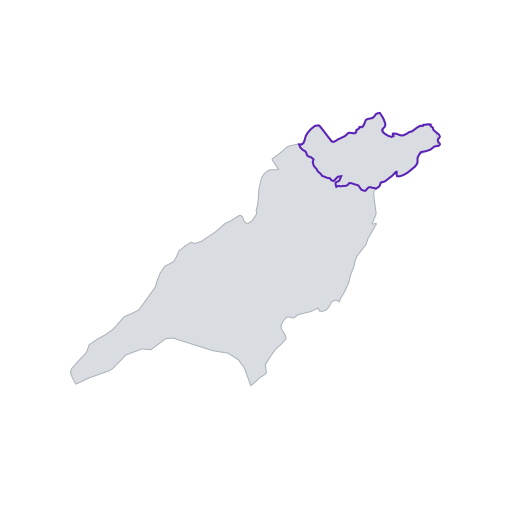 Kakheti on a map of Georgia (Equal Earth projection), rotated 301°
{"feature_id": "GEO-3033", "entity_name": "Kakheti", "entity_type": "Region", "adm_level": 1, "iso_a3": "GEO", "parent_name": "Georgia", "parent_adm1": "", "projection": "equal_earth", "projection_center": [45.882, 41.802], "detail": "fine", "context": "in_parent", "style": "outline", "palette": "violet", "viewbox_px": 512, "rotation_deg": 301, "n_neighbors": 0, "source": "natural_earth", "source_scale": "10m", "svg_char_len": 4430}
<svg xmlns="http://www.w3.org/2000/svg" viewBox="0 0 512 512"><g transform="rotate(301 256 256)"><path d="M259.6,351.1L259.7,349.6L259.2,347.2L257.4,345.5L254.7,344.4L249.8,344.8L245.3,343.7L242.2,340.7L241.5,338.5L243.3,336.6L242.0,335.1L236.4,331.4L227.4,322.3L222.2,320.3L220.3,314.6L218.2,313.4L213.9,312.8L209.2,313.4L208.2,314.0L206.8,314.9L203.1,322.0L200.5,324.5L194.3,323.3L189.2,321.7L185.0,320.7L176.8,320.1L167.6,320.0L161.2,325.1L158.5,324.4L153.9,321.9L146.3,319.9L142.2,318.3L154.3,303.3L157.9,294.4L158.1,289.0L158.4,282.2L152.7,268.1L147.9,248.2L143.0,227.5L138.9,221.3L121.5,214.2L117.6,206.1L104.3,195.6L85.6,191.1L81.9,189.2L65.9,176.0L53.4,167.6L56.3,162.5L60.1,157.2L64.1,155.9L75.6,158.0L86.1,160.4L93.9,158.7L103.1,162.9L111.4,167.7L119.8,171.2L136.3,174.4L142.4,178.9L149.5,183.4L177.8,185.7L180.1,185.0L182.2,184.3L191.7,182.7L200.1,183.0L208.9,188.4L214.6,188.1L220.6,187.3L228.4,190.2L234.5,193.4L234.9,196.7L240.2,201.5L255.8,208.8L268.4,212.9L272.3,215.8L281.9,220.6L282.9,222.1L282.7,224.1L279.9,227.7L279.1,230.9L280.4,232.7L284.4,234.5L292.4,234.9L295.3,232.6L301.2,230.9L307.1,228.0L315.0,224.0L325.7,220.5L330.0,220.5L334.1,221.6L336.9,223.5L341.7,230.9L346.6,220.6L347.8,219.8L352.2,221.9L359.9,224.8L365.3,226.3L368.2,228.4L376.4,237.8L389.6,237.3L395.3,238.7L398.3,240.3L399.6,242.1L397.2,251.4L393.9,261.1L394.2,263.5L399.5,267.2L406.8,271.1L410.7,274.2L413.4,277.0L419.1,279.1L425.9,280.4L429.1,280.6L432.4,282.9L441.2,287.4L442.3,288.5L440.8,291.3L437.4,296.5L434.6,299.1L431.5,299.6L428.5,300.7L427.4,303.5L427.3,307.1L427.8,309.7L428.6,310.7L431.7,311.5L434.8,319.0L439.7,322.9L447.2,327.2L454.0,332.1L457.3,336.7L456.7,340.0L454.5,346.9L448.9,352.6L444.2,354.1L442.6,353.5L439.5,351.7L433.3,347.3L426.6,343.8L421.5,344.9L418.1,346.3L411.4,344.7L403.5,341.7L399.4,338.7L397.6,336.5L398.8,332.6L380.9,325.6L372.3,323.7L368.4,325.8L355.2,336.4L353.6,337.4L343.5,338.9L343.5,339.8L345.8,342.0L345.4,342.7L328.5,343.0L322.8,344.4L307.8,342.6L302.9,343.4L298.6,345.1L288.3,346.9L281.2,349.2L272.1,350.3L262.8,350.4L259.6,351.1Z" fill="#d9dde1" stroke="#a8b0b8" stroke-width="1"/><path d="M373.8,235.4L374.5,236.8L375.1,237.7L377.1,238.5L379.7,238.2L384.6,236.8L388.1,236.8L393.1,237.7L397.9,239.5L400.3,242.4L400.1,244.3L393.1,262.0L393.8,263.8L395.6,265.0L398.0,266.1L404.7,270.6L408.9,271.7L409.8,272.5L411.5,276.6L412.1,277.5L413.0,278.0L414.1,278.0L414.5,277.9L415.3,277.3L415.9,277.1L416.2,277.3L417.3,278.2L417.8,278.5L418.9,278.4L419.7,278.2L420.3,278.6L420.7,280.3L422.2,281.0L424.1,281.0L427.6,280.3L428.2,280.2L428.7,280.1L429.2,280.2L429.8,280.3L431.4,281.6L434.1,284.7L435.8,285.4L439.4,285.7L440.9,286.6L442.4,288.5L440.1,293.2L438.8,295.3L436.2,298.4L435.3,299.2L434.3,299.6L433.0,299.8L430.2,299.1L428.9,299.3L427.7,300.5L427.1,303.2L427.1,307.3L427.9,310.9L429.6,312.2L430.1,311.8L430.4,311.0L430.8,310.4L431.6,310.4L431.8,310.8L433.1,313.4L433.2,314.0L433.7,317.1L434.3,318.8L435.3,320.2L438.5,322.3L439.2,322.7L440.5,323.0L443.3,325.6L449.3,328.0L452.3,329.8L453.3,332.0L454.2,331.7L454.7,332.0L455.1,332.7L456.3,334.0L458.3,336.9L458.6,338.1L457.9,338.1L457.4,338.7L457.3,339.3L457.2,340.7L457.1,341.3L456.8,341.8L455.9,342.5L455.6,343.0L455.0,345.2L454.7,347.9L454.2,350.5L453.8,351.0L453.0,352.1L451.8,352.3L450.6,352.0L449.4,351.9L448.2,352.7L447.5,354.0L447.1,355.3L446.6,356.1L445.3,356.1L444.2,355.5L442.4,353.2L441.4,352.3L437.8,351.1L436.5,350.4L432.9,347.2L431.1,345.0L430.2,344.0L429.1,343.6L424.5,343.7L423.1,344.0L421.5,345.0L419.9,346.0L418.7,346.4L417.3,346.6L414.3,346.2L405.2,342.9L402.1,341.1L401.0,340.4L398.4,338.2L397.0,335.9L398.4,334.3L399.8,333.8L400.6,333.3L400.5,332.8L399.1,332.3L395.1,331.5L386.4,328.1L384.4,326.2L383.5,325.2L382.6,325.1L380.6,325.7L379.4,325.8L378.4,325.6L375.5,324.1L375.3,322.7L374.9,321.7L374.4,320.7L374.0,318.7L372.8,317.2L370.9,316.6L369.0,316.5L367.9,315.8L367.4,314.2L367.1,312.1L369.2,307.3L368.1,303.0L367.6,300.5L366.5,298.3L364.2,298.1L362.2,296.7L360.9,294.5L359.3,292.7L358.5,290.4L356.6,289.3L358.2,287.5L360.0,286.4L363.4,288.6L368.3,287.9L366.1,285.3L363.1,284.6L361.7,284.4L360.3,283.9L359.7,281.5L360.7,279.3L359.6,276.8L359.4,274.6L358.7,271.5L359.6,269.6L360.5,265.1L361.7,263.3L362.9,259.3L364.4,257.5L366.0,256.1L367.3,255.9L368.5,255.5L369.0,252.4L368.3,249.2L368.9,247.4L370.2,246.2L371.2,244.2L371.0,241.8L371.8,238.2L373.8,235.4L373.8,235.4Z" fill="none" stroke="#5b21b6" stroke-width="2"/></g></svg>